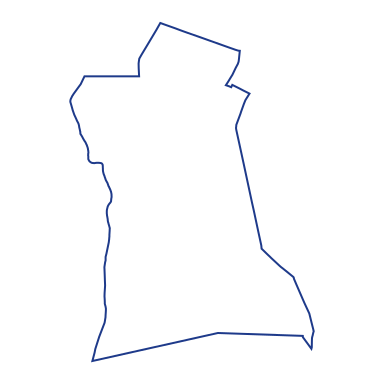 the district of Pocito, San Juan, Argentina
{"feature_id": "61730980B55193733465089", "entity_name": "Pocito", "entity_type": "district", "adm_level": 2, "iso_a3": "ARG", "parent_name": "Argentina", "parent_adm1": "San Juan", "projection": "orthographic", "projection_center": [-68.624, -31.735], "detail": "fine", "context": "isolated", "style": "outline", "palette": "blue", "viewbox_px": 384, "rotation_deg": 0, "n_neighbors": 0, "source": "geoboundaries", "source_scale": "gbopen_adm2", "svg_char_len": 3803}
<svg xmlns="http://www.w3.org/2000/svg" viewBox="0 0 384 384"><path d="M293.4,277.0L292.4,276.2L288.6,273.1L282.4,268.1L281.3,267.3L279.8,266.0L274.0,260.6L271.3,258.1L269.6,256.4L268.6,255.5L265.8,252.8L261.6,248.7L261.3,245.5L258.2,231.2L253.8,210.6L252.0,202.6L243.7,163.9L240.4,148.7L236.4,130.4L236.2,129.4L236.1,128.6L236.0,128.0L236.1,127.2L236.2,126.6L236.3,124.9L240.5,113.6L241.1,111.7L243.9,103.9L245.3,100.4L245.6,99.8L246.0,99.2L249.5,93.6L245.5,91.6L243.3,90.5L239.9,88.7L232.3,84.9L231.2,87.2L229.1,86.3L225.9,85.2L228.6,81.0L230.1,78.5L232.2,75.1L232.3,75.0L235.7,67.9L237.9,63.8L238.2,62.8L238.5,62.0L238.7,61.1L239.0,58.6L239.1,57.6L239.8,50.8L238.6,50.7L237.4,50.4L234.6,49.5L234.4,49.4L229.8,47.8L209.6,40.6L204.3,38.7L187.2,32.7L181.6,30.7L175.2,28.3L165.6,24.9L160.3,23.0L158.3,26.5L156.5,29.7L147.6,44.6L141.4,54.9L141.3,55.1L139.3,58.6L138.9,61.1L138.6,63.5L138.7,68.2L139.1,76.3L84.5,76.3L83.1,79.2L80.7,84.2L80.5,84.5L79.5,85.8L73.6,93.9L73.0,94.9L72.3,95.9L70.7,99.2L70.4,100.4L70.4,101.1L70.3,101.8L71.4,105.5L72.5,109.4L72.6,109.9L74.3,114.8L75.2,116.7L76.2,118.9L76.6,119.8L76.9,120.6L78.1,122.8L78.6,124.0L78.7,124.4L79.0,125.6L79.1,126.2L79.2,127.1L79.5,128.4L79.8,129.6L80.1,131.2L80.3,131.8L80.3,132.3L80.4,133.9L80.8,134.4L81.1,134.9L81.4,135.5L81.9,136.2L82.2,136.7L82.4,137.2L83.0,138.3L83.4,139.0L83.8,139.8L84.1,140.2L84.4,140.6L84.7,141.3L85.0,141.6L85.3,142.0L85.6,142.6L85.8,143.0L86.1,143.6L86.3,144.2L86.6,144.7L86.6,144.8L86.9,145.3L87.1,146.1L87.6,147.4L87.7,147.8L87.8,148.3L88.0,149.0L88.0,149.6L88.1,150.1L88.3,150.9L88.3,151.3L88.3,151.8L88.4,152.3L88.4,153.0L88.2,153.6L88.2,154.0L88.2,154.6L88.1,155.1L88.2,155.7L88.3,156.5L88.3,157.8L88.3,158.4L88.3,159.1L88.6,159.8L89.0,160.5L89.2,160.9L89.6,161.4L90.1,161.8L90.6,162.2L91.1,162.5L91.7,162.8L92.6,163.0L93.1,163.0L93.7,163.1L94.6,163.1L95.1,163.0L95.8,162.9L96.6,162.8L97.3,162.8L98.0,162.8L98.6,162.8L99.1,162.9L99.7,162.9L100.3,163.0L100.9,163.1L101.6,163.3L102.1,163.8L102.6,164.6L102.7,165.1L102.8,166.1L102.8,167.1L102.9,168.6L102.9,169.8L103.0,171.1L103.3,172.6L103.4,173.0L103.6,173.7L103.7,174.2L103.9,174.6L104.5,176.1L104.9,177.5L105.1,177.9L105.4,178.8L105.6,179.5L105.8,180.0L106.1,180.6L106.7,181.7L107.3,182.7L107.6,183.4L108.0,184.6L108.2,185.1L108.4,185.8L108.7,186.4L109.0,186.8L109.2,187.4L109.5,188.1L109.7,188.3L109.9,188.8L110.1,189.4L110.5,190.2L110.6,190.7L111.0,191.6L111.5,194.1L111.6,197.0L111.2,199.2L111.2,199.8L111.1,200.1L111.1,200.3L111.1,201.0L110.9,201.7L110.6,202.2L110.1,202.9L109.8,203.2L109.0,204.2L108.6,204.8L108.4,205.2L107.9,206.1L107.6,206.9L107.5,207.4L107.0,209.4L106.9,210.0L106.8,211.1L106.8,212.2L106.8,213.5L106.9,214.1L107.0,215.2L107.1,216.0L107.3,216.8L107.4,217.5L107.6,218.7L107.7,219.1L107.7,219.7L107.9,221.3L108.0,221.9L108.3,222.7L108.5,223.6L108.7,224.3L108.8,224.6L109.1,225.6L109.5,227.2L109.7,227.8L109.8,228.4L109.7,228.9L109.7,229.8L109.6,231.7L109.5,233.3L109.4,234.8L109.4,236.6L109.2,238.3L109.2,239.0L109.0,240.4L108.8,242.1L108.7,242.7L107.6,248.0L106.4,253.8L105.6,256.9L105.6,258.8L105.6,260.4L105.1,262.4L104.7,265.1L104.5,266.5L104.4,267.1L104.5,269.4L104.7,274.7L104.9,280.7L105.1,285.5L104.8,290.0L104.6,293.1L104.5,296.4L104.7,299.3L104.8,302.2L104.8,303.8L105.5,306.3L105.9,308.5L105.9,310.0L105.8,312.0L105.6,314.9L105.5,317.3L104.7,322.2L104.5,323.0L102.3,328.7L99.2,336.8L95.3,349.0L94.7,352.1L94.6,352.6L92.4,361.0L217.9,333.0L300.6,335.8L302.8,335.9L302.9,337.2L311.4,348.8L311.8,347.3L311.8,346.4L311.9,340.6L312.0,338.2L312.0,337.9L312.1,337.7L312.2,337.0L312.8,334.9L312.8,334.7L313.4,332.2L313.5,332.0L313.7,331.3L313.7,331.0L313.5,330.6L313.3,329.5L311.6,322.8L309.3,313.5L304.6,303.4L302.8,299.3L296.3,284.3L294.0,278.9L293.9,278.6L293.9,278.1L293.4,277.0Z" fill="none" stroke="#1e3a8a" stroke-width="2"/></svg>